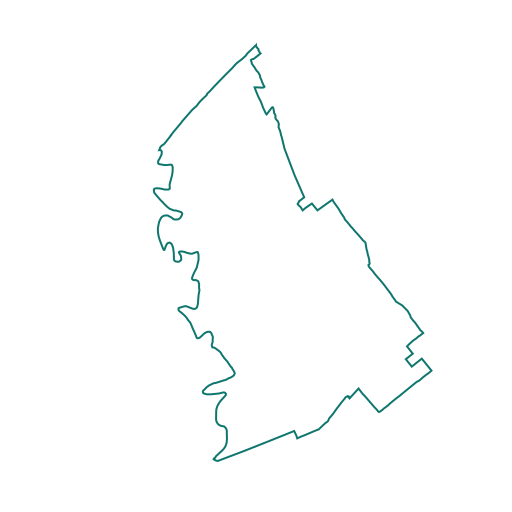 the district of Lunca Banului, Vaslui, Romania, rotated 156°
{"feature_id": "2599482B76490763742626", "entity_name": "Lunca Banului", "entity_type": "district", "adm_level": 2, "iso_a3": "ROU", "parent_name": "Romania", "parent_adm1": "Vaslui", "projection": "albers", "projection_center": [28.188, 46.546], "detail": "fine", "context": "isolated", "style": "outline", "palette": "teal", "viewbox_px": 512, "rotation_deg": 156, "n_neighbors": 0, "source": "geoboundaries", "source_scale": "gbopen_adm2", "svg_char_len": 6079}
<svg xmlns="http://www.w3.org/2000/svg" viewBox="0 0 512 512"><g transform="rotate(156 256 256)"><path d="M301.4,392.1L300.6,391.9L300.1,391.5L299.7,390.9L299.7,389.3L300.0,388.9L300.9,387.3L301.6,386.6L304.4,384.2L306.5,382.8L307.6,380.9L307.6,380.2L307.3,379.5L303.1,376.6L300.9,375.5L296.8,374.2L296.2,373.8L295.8,373.2L295.9,371.7L296.0,371.0L297.1,368.5L298.5,366.0L300.0,363.7L305.2,357.3L306.0,356.1L307.2,352.9L307.7,352.4L309.2,352.4L312.5,353.9L314.6,355.6L316.9,357.1L319.4,358.4L320.8,358.7L321.5,358.7L322.0,358.5L322.4,358.1L323.1,355.9L323.1,354.9L322.1,351.2L320.4,345.7L319.4,343.2L318.2,339.6L317.0,336.8L315.7,334.3L312.5,331.0L311.2,330.4L310.1,329.7L306.7,326.7L306.2,325.7L306.1,325.0L306.4,324.3L307.3,323.3L309.5,321.7L311.2,321.2L312.4,321.2L313.1,321.4L315.2,322.3L316.4,323.2L317.4,325.3L320.2,328.9L321.6,329.6L323.3,330.2L325.0,330.2L326.8,329.7L328.7,328.3L330.6,326.6L332.8,323.6L334.6,320.8L335.9,317.6L337.0,313.3L337.5,308.9L337.9,300.7L337.9,299.6L337.5,298.9L337.2,298.8L334.4,301.7L332.4,303.3L331.6,303.6L330.7,303.6L329.5,303.4L328.6,302.2L328.3,301.5L328.2,300.7L328.3,298.2L328.6,296.4L330.1,291.6L331.1,289.3L332.4,286.1L332.4,285.2L332.2,284.6L331.7,283.8L330.5,282.9L328.9,282.2L328.0,282.2L325.9,282.9L325.3,284.2L324.5,286.8L325.0,289.8L324.9,290.7L324.8,290.9L324.1,291.1L323.3,290.9L321.0,289.8L319.6,288.7L317.8,287.0L315.1,284.9L313.6,284.1L309.2,283.8L307.8,283.5L307.7,283.3L307.7,282.7L307.9,281.1L308.3,279.8L310.2,275.6L315.0,269.3L316.0,268.7L316.3,268.2L317.6,267.3L319.7,265.6L322.9,262.5L323.5,261.7L323.7,260.9L323.5,260.2L322.3,259.0L320.9,258.6L320.3,258.0L319.3,256.9L319.1,256.0L319.3,253.7L321.0,250.0L321.6,247.7L324.1,244.1L328.4,236.2L329.2,235.0L330.7,233.3L331.5,232.7L332.5,232.6L333.4,232.6L334.4,233.0L335.4,233.7L339.6,238.0L340.9,238.9L341.6,239.1L343.9,239.5L347.7,239.9L348.1,239.6L348.4,239.1L348.6,238.5L348.6,237.6L348.4,236.6L347.4,235.0L345.6,231.1L344.6,228.2L344.0,224.6L343.3,222.6L343.1,220.6L343.3,214.7L343.2,213.2L343.3,207.4L343.4,205.8L343.3,205.1L342.6,204.5L342.0,204.3L340.4,204.3L334.4,206.4L331.6,206.5L329.9,206.0L328.8,205.4L328.2,203.8L328.3,200.0L328.5,199.2L329.6,197.3L330.4,195.3L332.4,193.1L332.7,192.4L332.9,191.5L333.0,190.2L331.8,189.6L330.9,188.6L330.2,187.5L329.7,186.5L328.9,185.2L327.9,183.2L327.7,182.5L327.4,181.3L327.4,179.8L326.7,176.9L326.7,176.2L325.0,170.9L324.9,169.7L324.0,165.1L323.6,164.1L323.4,163.4L323.5,162.5L323.0,159.6L323.1,157.6L323.6,156.9L324.5,156.2L325.6,155.7L328.1,155.3L331.7,155.4L332.9,155.1L335.5,155.3L336.1,155.5L338.0,155.7L342.5,156.2L344.8,156.5L346.4,157.0L351.2,156.9L354.5,156.2L357.4,155.0L358.8,154.6L359.6,153.9L360.0,152.6L359.8,151.9L357.9,150.2L356.9,149.5L353.5,148.0L345.9,145.5L341.6,144.7L340.7,144.4L339.8,143.5L339.6,142.6L339.6,142.0L340.3,141.2L341.4,140.6L346.7,138.3L348.4,137.4L351.7,135.2L353.9,132.9L355.2,131.0L358.5,123.9L359.2,122.2L359.4,120.7L359.4,119.8L359.1,118.1L358.4,116.7L357.2,115.2L356.4,114.5L355.1,113.8L354.5,113.3L353.9,112.0L353.6,111.0L353.5,109.6L353.7,108.3L354.4,106.8L356.3,102.2L357.1,100.4L358.9,97.2L361.4,94.5L363.8,93.0L365.4,92.3L373.9,89.4L375.5,88.3L376.9,88.1L377.4,87.5L375.6,85.2L374.2,84.3L343.7,82.6L304.0,81.0L292.3,80.6L292.2,75.4L292.5,72.6L288.2,72.7L284.7,72.5L272.3,72.3L270.4,72.2L269.5,72.0L260.8,75.1L258.6,75.5L257.2,76.0L256.5,76.6L255.5,77.7L249.8,80.5L244.7,83.5L237.6,87.4L233.1,89.6L231.7,90.5L229.3,90.7L228.9,89.4L228.3,89.7L228.1,89.0L228.5,88.8L228.4,87.9L216.2,93.2L214.6,86.5L213.7,84.2L209.5,70.3L208.9,68.5L208.5,67.6L207.5,64.0L207.2,63.5L206.7,63.4L205.3,63.6L202.9,64.1L201.2,64.7L196.1,65.8L193.8,66.7L190.6,67.6L185.0,69.1L181.6,69.8L181.2,70.0L179.4,70.5L160.6,75.6L157.4,75.8L153.1,77.2L148.6,78.3L145.9,78.8L142.3,79.9L146.3,94.8L158.7,91.6L161.1,100.8L152.5,103.0L154.8,112.0L151.3,113.4L147.0,114.8L144.1,115.3L141.5,116.0L140.2,116.5L139.1,116.5L134.6,117.6L135.1,119.5L135.9,121.0L136.1,121.8L137.7,130.1L138.7,133.2L139.5,136.5L139.6,137.2L139.3,138.8L139.8,144.1L142.5,151.3L146.8,157.6L146.8,158.7L147.9,163.7L147.9,164.7L148.4,167.6L150.0,174.3L150.6,177.1L152.6,184.4L153.2,186.0L154.5,190.4L155.6,195.0L156.9,199.1L157.1,200.2L157.1,201.4L157.0,202.0L156.0,202.3L155.3,202.7L155.2,203.0L154.8,205.0L154.3,205.7L153.7,208.7L153.0,213.2L152.6,214.5L152.4,216.7L150.6,223.5L150.7,224.1L151.0,225.0L151.8,226.4L153.7,233.0L155.8,239.2L156.6,242.5L157.1,243.3L158.6,249.2L159.9,253.1L160.0,253.6L159.8,254.7L159.9,255.7L160.8,260.5L161.4,265.9L163.0,273.5L163.2,275.3L163.2,276.4L181.3,272.7L183.6,281.2L191.1,279.8L194.8,278.7L195.3,282.4L195.7,283.5L196.1,284.1L196.7,285.7L196.8,286.7L195.3,287.5L194.7,288.4L188.1,290.0L187.9,314.2L186.3,342.5L184.4,352.7L184.0,355.1L184.0,356.0L183.3,359.3L183.1,360.5L183.1,361.9L183.0,364.5L182.7,365.0L182.3,365.9L181.7,366.6L181.4,367.7L181.4,368.5L181.2,370.0L182.0,372.4L182.0,372.9L182.2,373.3L182.0,374.8L181.1,375.9L181.1,376.9L181.0,377.7L181.2,378.4L181.3,379.2L181.1,380.2L180.7,380.7L180.6,381.2L180.6,381.7L180.1,383.5L180.2,384.3L180.1,384.7L180.3,385.2L180.5,385.3L182.0,384.7L188.7,381.0L188.9,381.5L189.1,383.2L189.2,388.5L189.1,390.1L188.9,392.1L188.8,396.0L189.1,400.2L188.9,407.4L188.7,410.6L188.3,410.4L186.5,409.7L185.1,408.9L184.2,408.5L183.4,408.1L183.2,407.8L182.4,407.5L181.6,407.3L180.4,406.8L179.4,407.2L179.6,408.2L179.7,412.8L179.5,414.1L179.5,417.6L179.0,418.9L179.1,421.5L179.3,422.9L180.1,425.1L180.3,426.2L180.5,428.3L181.5,432.9L181.6,433.5L181.3,434.1L181.1,436.3L180.7,437.2L179.2,437.3L178.1,437.0L173.1,438.2L169.5,439.2L169.9,439.8L169.8,441.0L170.1,442.6L170.1,443.1L169.6,443.9L169.8,444.7L170.2,445.4L170.3,446.1L170.5,446.7L170.5,448.2L170.3,448.6L181.7,444.5L183.8,443.2L188.5,441.6L194.1,440.3L196.5,439.5L201.6,437.2L209.8,434.1L224.0,428.4L230.7,425.5L234.3,424.2L234.7,424.0L235.2,423.4L236.2,422.8L239.9,421.6L244.5,419.8L247.8,418.1L249.0,417.3L254.2,415.7L255.6,415.1L268.6,409.1L270.2,408.1L279.3,403.7L284.6,401.0L284.5,400.8L293.3,396.2L294.9,395.5L296.2,395.4L298.8,394.6L301.4,392.1Z" fill="none" stroke="#0f766e" stroke-width="2"/></g></svg>